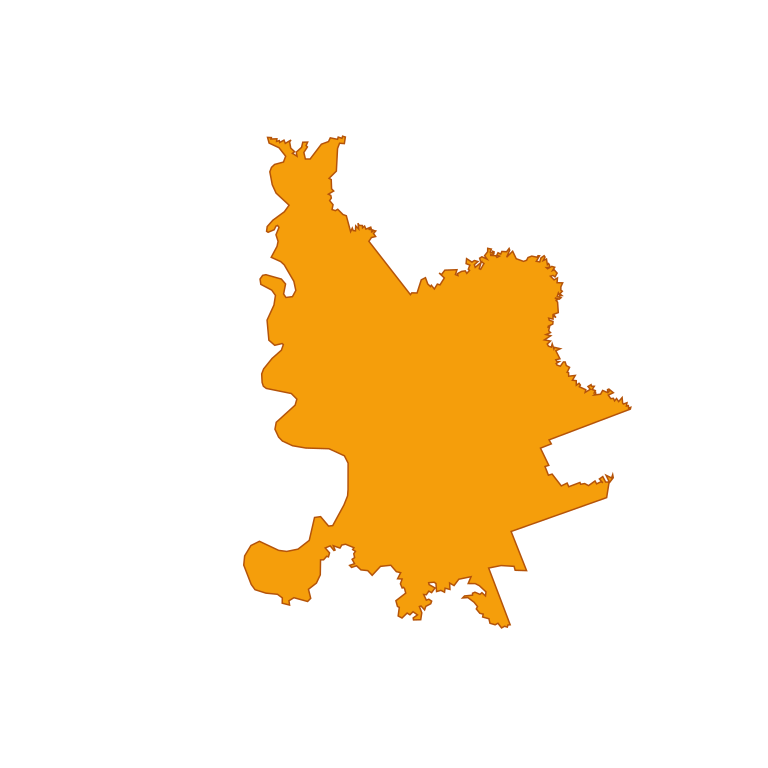 outline of Hidalgotitlán, Veracruz, Mexico, rotated 333°
{"feature_id": "50627088B3340107825603", "entity_name": "Hidalgotitlán", "entity_type": "district", "adm_level": 2, "iso_a3": "MEX", "parent_name": "Mexico", "parent_adm1": "Veracruz", "projection": "mercator", "projection_center": [-94.598, 17.582], "detail": "fine", "context": "isolated", "style": "filled", "palette": "amber", "viewbox_px": 768, "rotation_deg": 333, "n_neighbors": 0, "source": "geoboundaries", "source_scale": "gbopen_adm2", "svg_char_len": 6147}
<svg xmlns="http://www.w3.org/2000/svg" viewBox="0 0 768 768"><g transform="rotate(333 384 384)"><path d="M592.1,518.2L593.3,516.8L591.0,516.5L591.9,514.2L590.0,513.7L592.0,511.0L588.2,510.5L588.0,509.2L590.0,504.2L585.1,506.2L584.6,502.5L581.8,503.7L581.9,500.9L579.4,500.0L578.8,495.7L584.4,495.9L582.1,490.6L580.6,490.5L580.0,491.9L581.5,492.5L579.5,493.4L575.9,489.0L572.3,491.4L566.2,489.2L568.2,488.8L568.7,487.5L567.4,487.2L569.3,485.8L567.0,483.4L570.3,481.5L567.8,480.1L568.2,478.6L564.6,478.8L565.4,482.4L559.4,482.8L561.2,480.7L556.8,475.1L558.5,474.1L558.1,471.9L554.8,472.4L556.8,468.3L553.6,466.2L558.3,463.2L552.1,460.9L553.6,457.7L552.5,456.7L556.9,453.4L554.8,450.3L555.4,446.6L553.8,445.8L549.2,448.2L546.8,445.8L546.7,443.9L550.2,443.6L548.2,442.5L548.1,440.4L552.2,441.4L552.2,432.4L557.1,432.6L552.6,428.8L551.3,429.9L552.1,424.6L549.8,427.1L547.7,425.0L547.6,422.5L551.8,421.3L546.9,417.5L554.5,416.7L550.8,413.5L555.7,413.8L554.9,411.3L557.4,408.3L556.0,407.9L556.6,407.1L561.6,407.2L563.0,405.0L560.2,402.3L560.6,400.1L564.1,402.9L565.5,400.0L567.4,402.8L566.5,398.9L571.7,399.5L575.8,389.9L575.3,387.7L576.7,387.6L575.4,384.8L578.7,388.0L580.9,387.5L578.1,384.6L580.7,382.0L580.7,385.2L582.7,386.0L581.6,383.5L585.0,382.3L584.2,380.6L585.7,377.7L589.1,375.0L584.2,372.3L586.7,368.3L582.8,368.4L581.2,363.5L583.9,364.0L585.0,366.2L588.6,363.8L587.5,359.5L585.8,359.4L589.1,357.5L586.9,355.4L582.1,355.6L581.5,354.0L584.2,355.3L585.4,353.4L585.3,351.4L583.8,351.8L585.5,346.4L581.9,346.3L585.1,344.0L584.9,342.4L581.1,342.9L578.2,345.9L575.4,343.8L580.8,340.4L579.5,339.6L577.9,340.5L573.7,337.1L569.7,336.7L567.2,338.5L564.0,338.1L558.7,332.4L558.9,324.1L550.8,326.7L556.8,321.8L557.0,320.0L553.3,321.8L549.2,319.4L547.0,321.2L545.2,318.8L542.9,320.5L544.9,322.5L542.1,322.5L541.8,320.4L537.5,317.9L537.9,316.9L538.8,318.4L541.1,317.8L542.1,316.2L541.0,315.0L540.1,316.6L538.5,314.7L540.9,312.5L538.0,310.2L536.4,313.2L531.9,315.3L532.5,319.5L529.0,315.1L526.3,315.3L525.8,318.3L527.8,322.0L522.2,325.7L521.2,324.5L525.8,319.7L518.2,321.5L518.7,318.7L523.3,317.5L520.6,315.0L517.7,315.3L514.5,309.8L511.8,314.0L514.5,317.1L511.2,320.0L511.8,321.6L508.0,323.0L507.8,320.1L504.3,318.9L499.6,319.0L499.1,320.9L497.3,318.9L500.9,315.3L489.9,310.2L484.9,312.6L483.5,310.1L485.9,316.9L478.9,321.1L476.9,319.2L472.0,322.2L471.0,317.5L469.7,318.3L468.4,314.8L469.2,308.1L464.5,308.1L454.8,317.9L450.1,315.4L448.1,316.4L435.3,250.0L439.3,247.8L443.5,248.8L443.0,245.1L446.1,243.9L444.5,242.5L441.5,243.2L443.7,241.5L440.4,239.1L443.1,239.8L443.4,238.2L438.2,237.8L438.4,234.5L435.8,235.1L436.7,233.0L433.9,231.4L433.8,228.9L431.8,234.4L430.6,230.3L428.1,234.6L426.2,233.3L426.5,230.7L423.4,233.1L426.8,217.0L424.4,214.4L422.1,207.3L419.4,207.5L416.9,205.0L420.0,201.1L418.8,195.9L421.5,194.4L422.2,191.8L420.6,189.6L426.8,189.2L425.9,186.3L429.8,177.9L428.4,175.8L438.2,172.7L449.5,153.1L453.7,149.3L457.8,151.8L461.7,146.4L459.6,144.4L458.1,146.0L455.3,143.2L453.7,144.9L447.9,140.3L444.6,142.8L437.1,141.9L420.3,150.0L416.1,147.8L417.7,141.3L423.4,138.0L422.8,136.2L425.8,133.8L421.4,131.7L418.0,135.7L411.1,137.6L409.9,141.6L407.1,136.9L409.8,136.4L408.0,131.5L409.8,125.4L411.9,124.4L405.3,124.8L405.6,121.3L400.7,121.5L401.2,119.6L398.4,119.1L399.9,116.9L394.5,114.4L395.5,113.3L392.2,111.4L391.0,117.2L397.7,125.8L399.8,136.4L395.2,140.6L386.2,138.7L382.1,139.9L378.6,143.1L374.9,155.7L374.5,164.9L380.6,181.6L373.4,185.3L359.3,187.6L351.4,190.7L348.7,194.6L349.6,196.2L356.2,196.7L359.4,194.3L361.1,194.4L361.6,196.7L355.5,202.0L354.4,208.8L351.2,212.8L341.0,219.9L347.5,228.0L349.2,232.5L350.3,251.6L347.9,260.6L342.1,264.6L335.9,262.4L335.4,258.2L341.7,250.2L340.2,243.9L328.4,233.0L325.2,232.1L321.2,234.2L319.5,239.3L326.6,249.4L327.5,255.8L321.8,263.7L308.8,274.0L301.3,292.7L304.2,299.9L311.6,301.7L312.2,303.2L307.9,307.3L295.9,310.4L283.6,315.9L279.6,319.5L276.1,327.3L275.5,331.2L277.1,334.5L297.1,350.4L299.5,357.9L295.2,362.5L270.6,369.2L266.3,374.8L266.0,383.5L267.6,388.7L274.5,397.5L285.2,405.5L305.6,416.7L316.1,430.0L316.1,438.2L304.0,461.8L300.8,467.1L293.4,473.6L274.0,486.9L270.1,485.4L267.3,473.4L261.5,471.4L246.4,489.4L232.4,492.1L221.3,489.0L214.6,484.4L201.6,467.6L192.1,467.5L181.8,473.9L176.8,481.7L174.7,502.3L175.7,508.7L183.8,516.7L193.6,523.0L196.3,528.4L193.8,533.1L199.5,538.1L200.9,534.0L206.7,533.5L217.2,543.1L221.4,541.7L223.5,532.6L233.4,530.7L240.6,525.1L247.6,511.9L250.4,513.2L254.7,511.5L256.0,512.8L258.8,509.8L257.2,503.4L262.6,503.8L263.8,509.6L265.0,509.7L265.4,505.1L270.3,510.2L273.3,508.3L277.0,509.3L282.9,516.2L280.9,517.3L282.6,520.1L280.0,521.5L279.0,525.4L276.0,525.7L276.2,530.7L271.0,530.0L271.8,532.7L277.0,533.5L279.0,539.1L284.8,542.9L286.6,549.1L298.1,544.9L307.8,548.6L309.8,556.8L313.2,559.7L307.7,563.7L311.6,566.0L307.9,569.5L307.6,574.0L309.1,574.1L309.4,575.9L308.4,580.2L296.2,582.5L295.0,588.3L296.2,590.0L291.3,597.1L293.8,600.7L300.6,598.6L302.3,601.4L306.5,600.1L309.0,604.9L303.8,605.7L303.2,607.6L309.7,610.7L313.8,605.0L314.5,598.3L316.2,598.6L317.6,603.7L320.3,601.1L325.9,601.0L327.9,599.1L326.2,596.1L323.6,595.8L323.8,589.6L326.0,591.0L329.9,588.9L331.7,591.5L336.9,588.9L333.1,583.2L333.6,581.3L338.7,583.4L339.7,585.4L336.6,592.8L341.0,593.7L343.4,597.0L345.7,593.7L349.5,597.0L352.1,591.1L354.9,595.4L362.0,591.9L374.1,595.2L368.4,600.0L374.7,603.3L377.4,607.0L380.5,615.5L378.2,618.9L376.5,614.4L374.0,615.0L370.5,610.8L367.9,610.6L367.0,612.3L359.5,609.4L356.9,610.3L361.8,612.4L365.2,619.4L366.3,624.8L364.1,626.3L365.3,631.8L367.9,634.1L366.1,636.4L370.9,640.8L369.8,645.3L373.7,649.0L376.9,648.9L378.0,654.7L381.4,654.6L383.5,656.6L385.0,655.0L387.1,655.8L393.7,595.5L405.9,598.9L417.1,605.5L416.3,609.5L426.3,615.0L430.3,573.1L530.8,586.3L539.3,574.6L545.7,571.6L546.6,568.6L544.1,571.0L540.4,566.1L540.3,573.7L537.0,572.0L536.9,565.8L532.8,566.4L534.1,571.4L533.1,569.6L528.1,569.5L528.0,566.2L520.1,567.4L517.6,563.8L513.7,562.6L513.9,560.7L502.0,559.4L502.2,555.4L495.7,555.3L492.9,540.6L489.1,539.9L490.0,530.6L493.9,531.3L494.3,512.2L505.9,513.3L505.7,508.7L592.1,518.2Z" fill="#f59e0b" stroke="#b45309" stroke-width="1.5"/></g></svg>